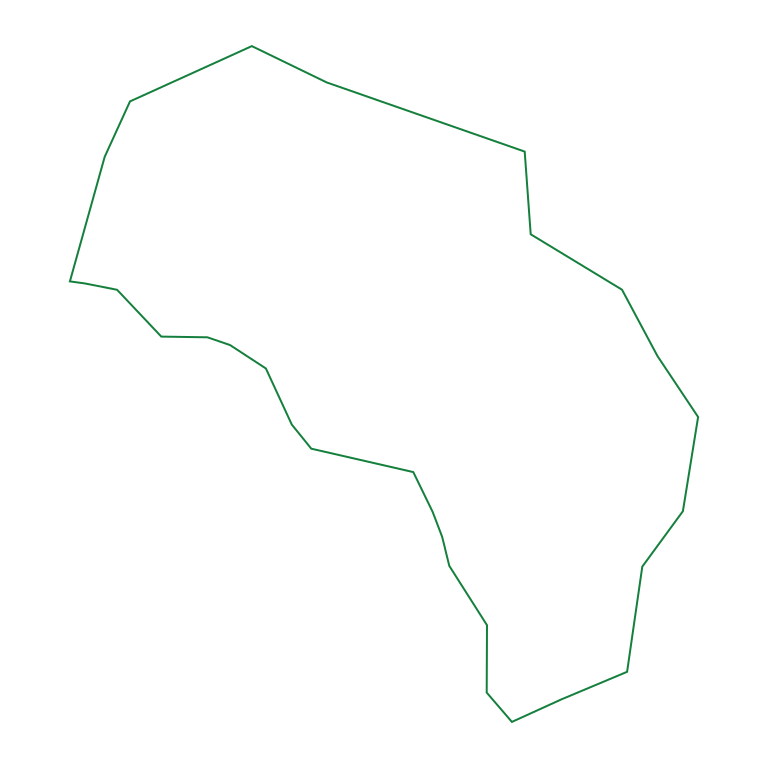 Alona, Nicosia, Cyprus
{"feature_id": "46923920B16152598382892", "entity_name": "Alona", "entity_type": "district", "adm_level": 2, "iso_a3": "CYP", "parent_name": "Cyprus", "parent_adm1": "Nicosia", "projection": "equal_earth", "projection_center": [33.044, 34.926], "detail": "fine", "context": "isolated", "style": "outline", "palette": "green", "viewbox_px": 768, "rotation_deg": 0, "n_neighbors": 0, "source": "geoboundaries", "source_scale": "gbopen_adm2", "svg_char_len": 506}
<svg xmlns="http://www.w3.org/2000/svg" viewBox="0 0 768 768"><path d="M326.6,82.4L251.8,46.1L130.0,101.4L104.7,156.8L69.9,281.4L84.6,283.4L117.1,289.8L161.3,336.6L207.4,337.3L230.1,345.1L265.9,368.5L291.8,424.6L311.3,448.7L413.3,472.1L432.7,512.0L442.1,536.7L444.6,546.6L445.7,551.3L449.3,565.9L487.0,625.2L486.7,692.6L511.9,721.9L561.1,699.5L627.1,671.8L642.3,566.6L682.9,511.2L698.1,417.0L657.5,356.1L622.0,289.7L530.7,234.3L524.7,151.6L326.6,82.4Z" fill="none" stroke="#15803d" stroke-width="2"/></svg>